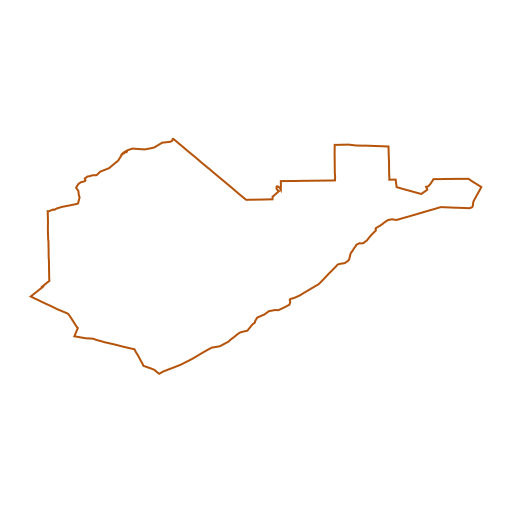 outline of Vīksnas pag., Balvu, Latvia
{"feature_id": "27541924B75999158196044", "entity_name": "Vīksnas pag.", "entity_type": "district", "adm_level": 2, "iso_a3": "LVA", "parent_name": "Latvia", "parent_adm1": "Balvu", "projection": "equal_earth", "projection_center": [27.422, 57.224], "detail": "fine", "context": "isolated", "style": "outline", "palette": "amber", "viewbox_px": 512, "rotation_deg": 0, "n_neighbors": 0, "source": "geoboundaries", "source_scale": "gbopen_adm2", "svg_char_len": 5812}
<svg xmlns="http://www.w3.org/2000/svg" viewBox="0 0 512 512"><path d="M172.6,138.2L172.7,139.4L172.3,140.5L171.7,141.1L170.1,141.8L162.2,142.7L159.5,144.3L154.2,147.5L150.7,148.3L145.0,149.4L141.2,149.2L135.6,148.8L132.6,148.6L129.1,149.7L126.8,150.6L127.0,150.8L126.9,151.2L127.0,151.5L126.8,151.8L126.5,151.7L126.3,151.8L126.1,152.1L125.7,151.8L125.0,151.8L124.9,152.0L124.5,152.2L124.3,152.2L124.3,152.8L124.0,152.8L123.8,152.9L123.9,153.4L123.4,153.6L123.1,153.5L122.7,153.3L122.4,153.6L122.2,154.0L121.5,154.5L121.4,154.7L121.7,155.0L118.1,160.7L113.2,164.7L109.0,168.2L103.7,170.3L100.3,171.6L96.9,174.9L96.4,175.2L92.5,175.3L90.5,175.9L90.1,176.1L88.2,176.4L87.3,176.6L84.8,178.5L85.5,180.4L85.2,180.9L83.8,181.5L80.7,182.3L78.3,184.1L76.1,187.7L78.4,191.1L78.4,191.3L78.6,193.2L78.7,194.0L79.2,196.5L79.6,197.2L78.1,203.3L77.8,203.6L76.8,203.9L69.3,205.5L61.9,206.9L56.7,208.5L54.4,209.8L54.1,209.9L53.6,209.6L53.2,209.5L48.7,211.3L48.2,211.3L47.7,211.2L47.9,217.8L48.0,224.2L47.9,225.3L47.9,230.9L48.1,237.6L48.2,240.2L48.4,240.6L48.5,243.6L48.5,246.8L48.6,248.8L48.6,250.9L48.7,258.5L48.9,259.1L49.0,266.7L49.2,277.9L49.3,279.7L49.3,281.1L48.7,281.4L47.2,282.5L46.3,283.3L43.2,285.8L42.2,286.6L42.8,286.9L30.7,296.5L36.5,299.3L38.2,300.0L40.6,301.3L44.0,302.9L50.6,305.9L57.7,309.4L66.9,313.2L68.0,313.8L68.5,314.2L71.2,318.2L76.5,326.5L77.8,328.0L74.4,336.3L85.9,338.3L86.1,338.3L92.0,338.6L93.6,338.8L96.0,339.8L104.7,342.2L105.4,342.5L106.8,342.7L115.1,344.6L123.2,346.7L129.2,348.1L134.5,349.3L136.0,352.3L136.6,353.2L138.5,356.3L140.0,359.3L142.7,364.1L143.2,365.5L143.4,365.8L144.4,366.2L145.3,366.4L146.1,366.8L146.4,367.0L147.3,367.2L148.1,367.4L148.8,367.6L149.0,367.7L149.0,367.8L149.3,367.8L149.5,367.9L151.6,368.7L152.0,368.9L154.0,369.7L154.4,369.9L156.5,371.7L159.0,373.7L159.2,373.8L160.2,373.2L162.3,372.0L163.1,371.6L163.9,371.2L165.6,370.6L167.8,369.7L171.3,368.4L180.5,364.8L181.6,364.3L191.0,359.5L192.7,358.6L194.7,357.4L198.1,355.4L199.9,354.3L203.3,352.3L209.5,348.8L211.7,347.7L212.1,347.5L214.4,347.2L219.7,346.3L220.1,346.1L228.0,341.9L228.3,341.8L228.6,341.6L229.9,340.3L231.7,338.8L234.0,337.1L237.4,334.3L239.1,333.1L239.4,332.9L240.4,332.4L241.0,332.2L241.7,332.0L244.2,331.4L246.9,330.8L247.3,330.7L247.6,330.4L247.9,330.1L248.8,328.8L250.0,327.5L250.7,326.6L251.3,325.7L251.8,325.2L252.4,324.5L252.9,324.1L254.4,323.0L254.6,322.8L254.8,322.7L255.1,321.1L255.2,320.9L256.1,319.6L256.4,319.0L256.6,318.6L256.8,318.4L257.0,318.0L257.0,317.9L257.3,317.7L257.8,317.3L258.5,317.0L258.8,316.9L259.2,316.7L262.2,315.4L264.4,314.5L264.9,314.1L265.1,313.9L267.3,312.4L268.9,311.2L269.1,311.1L273.7,310.3L274.1,310.2L274.7,310.0L274.9,310.0L278.1,310.2L278.3,310.2L278.5,310.1L279.4,309.7L282.0,308.5L284.1,307.5L289.3,304.8L289.4,304.7L289.5,304.5L290.1,302.6L290.2,302.0L290.2,301.6L290.1,300.9L290.0,300.6L289.8,300.4L289.8,300.1L289.8,299.9L289.8,299.5L290.0,299.3L290.2,299.1L290.4,299.0L294.5,297.8L296.1,297.1L298.5,296.0L300.0,295.3L303.7,293.0L314.0,286.9L318.3,284.4L318.7,284.1L320.5,282.4L323.0,279.8L328.3,274.2L336.1,266.3L336.7,265.7L337.3,264.9L337.7,264.6L338.0,264.4L341.3,263.6L342.3,263.5L343.9,263.3L344.7,263.1L344.9,263.0L345.8,262.4L347.5,261.2L348.1,260.8L348.4,260.3L348.8,259.9L349.2,259.4L349.2,259.2L349.3,258.8L349.4,258.1L349.5,257.8L349.8,257.0L350.0,255.7L350.3,254.8L350.4,254.2L350.7,253.3L351.4,252.2L352.2,251.3L352.6,250.5L352.7,250.4L353.0,250.0L353.5,249.2L354.2,248.0L355.4,246.6L355.6,246.3L356.0,245.6L356.2,245.1L356.3,244.9L356.8,244.6L357.6,244.2L358.3,243.8L359.1,243.4L359.3,243.4L359.7,243.2L359.9,243.3L360.7,243.3L361.0,243.4L362.3,243.3L363.3,243.2L363.5,243.1L364.2,242.4L364.9,241.9L366.0,241.1L366.7,240.6L367.4,239.8L368.0,239.0L370.6,235.8L371.9,234.4L373.9,232.4L375.6,230.8L375.8,230.5L375.9,230.3L375.9,230.1L375.9,229.8L375.5,228.9L375.6,228.7L375.7,228.4L376.1,228.0L380.5,225.4L381.7,224.6L383.1,223.5L383.4,223.2L384.2,222.6L384.6,222.3L385.2,221.9L385.8,221.5L387.5,220.4L388.0,220.1L388.4,219.9L389.6,219.8L391.0,219.4L391.7,219.3L392.2,219.3L392.8,219.4L395.1,219.8L396.3,219.9L396.7,219.9L397.3,219.8L402.5,218.2L406.2,217.2L429.5,210.4L435.5,208.7L439.7,207.4L440.7,207.2L441.4,207.1L455.0,207.7L462.0,207.9L469.0,208.2L469.9,208.1L471.0,207.6L471.3,207.6L471.6,207.5L472.1,207.1L472.5,206.5L472.9,205.7L473.2,202.4L473.7,200.9L478.4,192.4L480.0,189.6L481.3,187.0L476.0,183.7L473.4,182.1L472.9,181.8L472.1,181.3L469.7,179.6L469.8,179.6L469.5,179.5L469.1,179.2L468.4,178.8L467.1,178.8L466.8,178.9L466.2,178.9L463.7,178.9L460.1,178.9L458.6,178.9L455.7,178.9L454.2,178.9L443.4,179.0L441.3,179.1L433.5,179.1L432.7,180.5L432.2,181.2L431.3,182.6L430.8,183.4L430.6,183.7L429.9,184.5L428.9,185.6L428.4,186.2L428.3,186.3L428.0,186.4L426.1,186.8L427.3,189.5L427.1,189.9L421.2,194.0L420.2,193.7L414.8,192.2L403.1,189.0L396.6,187.1L395.7,179.6L389.3,179.7L389.4,178.1L389.3,175.5L389.2,175.5L389.1,171.3L389.1,169.5L389.0,162.0L389.1,161.9L388.9,159.3L388.8,156.1L388.7,154.3L388.5,146.5L383.3,146.3L364.9,145.6L363.9,145.7L356.5,145.5L355.9,145.5L351.1,144.9L349.4,144.7L348.0,144.6L347.1,144.7L344.5,144.7L335.1,144.9L334.7,144.9L334.6,152.7L334.7,162.1L334.8,173.1L335.1,176.1L335.0,180.4L331.6,180.5L322.7,180.6L306.2,180.8L304.6,180.8L294.2,181.0L292.9,181.0L280.8,181.1L280.9,185.2L280.8,189.6L280.3,188.7L279.6,187.8L278.4,186.8L277.6,186.3L277.0,186.3L276.6,186.7L276.5,188.6L277.2,189.7L278.3,190.7L279.0,191.1L274.4,195.2L272.6,196.7L272.5,199.3L267.8,199.4L264.9,199.5L252.6,199.7L246.1,199.8L238.8,193.8L231.5,187.5L225.0,182.1L217.9,176.2L212.4,171.6L209.0,168.6L208.3,168.2L200.0,161.3L199.4,160.7L194.9,156.9L189.7,152.6L189.4,152.4L186.8,150.2L184.0,147.9L184.0,147.7L182.7,146.7L178.8,143.5L175.1,140.3L174.9,140.2L173.5,139.1L172.7,138.4L172.6,138.2Z" fill="none" stroke="#b45309" stroke-width="2"/></svg>